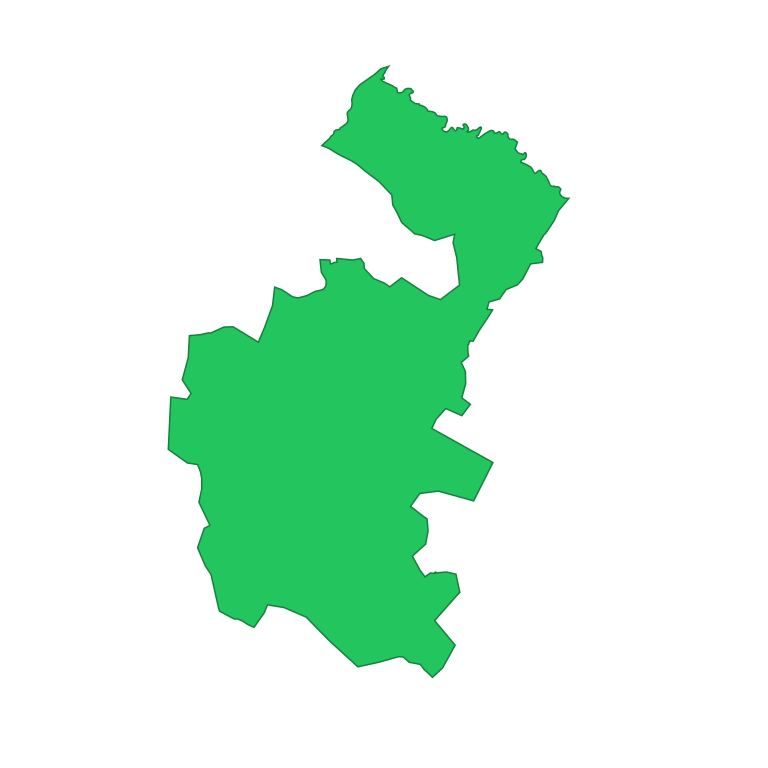 Bunkure, Kano, Nigeria (Albers equal-area conic projection), rotated 300°
{"feature_id": "59680162B46455483877403", "entity_name": "Bunkure", "entity_type": "district", "adm_level": 2, "iso_a3": "NGA", "parent_name": "Nigeria", "parent_adm1": "Kano", "projection": "albers", "projection_center": [8.684, 11.668], "detail": "fine", "context": "isolated", "style": "filled", "palette": "green", "viewbox_px": 768, "rotation_deg": 300, "n_neighbors": 0, "source": "geoboundaries", "source_scale": "gbopen_adm2", "svg_char_len": 5199}
<svg xmlns="http://www.w3.org/2000/svg" viewBox="0 0 768 768"><g transform="rotate(300 384 384)"><path d="M169.2,300.5L149.0,304.4L137.2,320.1L132.5,329.5L108.2,351.9L105.0,355.2L105.6,371.9L107.4,374.8L107.8,378.6L108.0,380.4L107.6,386.1L108.2,393.1L125.9,394.7L134.5,393.5L140.4,409.2L143.2,433.3L138.3,450.5L133.9,466.7L126.0,502.8L140.6,518.8L155.1,532.9L157.2,537.2L155.6,545.1L157.2,549.5L159.3,555.6L156.6,562.1L155.8,566.3L154.2,572.6L167.2,576.7L193.4,576.2L204.4,546.1L236.6,552.7L241.4,553.9L251.2,545.0L255.3,541.4L252.4,532.1L249.1,527.3L247.7,525.4L246.6,523.9L247.0,522.8L246.1,522.2L245.6,522.8L245.2,522.5L243.6,518.7L237.5,515.9L240.7,508.4L244.4,502.4L249.1,494.6L266.1,500.1L278.7,495.7L288.7,488.7L289.2,482.9L291.3,468.2L307.0,469.7L318.4,484.6L327.6,520.1L370.4,517.6L369.4,447.7L379.4,446.7L393.6,449.8L395.5,467.2L409.6,469.0L410.9,458.3L425.1,454.6L435.5,448.3L441.3,440.1L450.5,443.4L452.7,441.4L454.7,440.0L457.5,438.3L460.1,436.9L460.7,437.5L461.8,437.0L462.9,437.2L463.3,436.9L464.3,436.6L464.8,437.9L465.6,439.8L478.1,439.7L493.1,440.7L502.5,441.0L500.2,435.8L507.6,433.9L515.5,441.6L526.8,442.5L536.5,449.9L544.2,451.7L561.3,450.9L568.6,460.5L570.4,459.6L572.1,458.7L573.1,458.0L573.9,456.9L574.6,456.1L575.4,455.3L577.4,453.8L577.2,450.2L577.2,447.8L593.2,447.9L595.2,448.7L610.6,449.7L621.4,448.5L637.2,451.2L636.5,449.9L635.6,448.1L635.4,447.0L635.3,445.9L635.2,444.2L635.8,442.9L636.5,441.5L637.2,440.7L638.2,440.2L640.9,439.8L641.5,439.0L642.0,436.6L640.5,433.8L640.4,432.4L639.2,430.9L639.1,429.4L639.6,428.0L642.2,424.7L643.8,422.0L644.8,420.7L645.4,417.5L645.6,415.2L647.0,413.5L647.1,412.4L645.7,411.0L642.9,410.3L641.9,409.5L642.4,407.5L644.1,405.3L645.2,402.6L645.3,399.8L645.1,396.1L644.5,391.6L646.7,391.1L647.9,392.0L648.5,393.3L649.8,393.5L651.0,393.6L652.5,393.3L653.8,392.5L654.6,391.7L655.0,390.8L654.8,390.2L652.4,389.9L651.2,384.7L653.1,380.0L660.2,378.6L660.9,374.6L660.2,372.8L659.4,371.8L659.1,370.3L659.7,368.4L660.5,367.5L660.9,367.1L662.0,366.6L662.8,365.4L663.0,364.3L662.8,362.9L662.0,362.2L660.9,362.3L659.9,362.1L659.3,360.4L659.8,359.2L660.2,358.2L659.8,357.2L658.4,356.6L657.4,355.7L656.4,353.9L657.3,353.2L657.9,352.1L657.2,350.0L655.6,348.8L653.2,347.3L651.4,346.4L647.4,344.6L645.1,343.7L644.0,342.9L644.0,341.6L644.5,340.6L645.5,340.5L646.3,341.1L647.0,341.3L648.0,341.0L650.2,341.0L652.2,340.8L653.5,340.6L654.4,340.4L654.8,339.9L654.8,339.1L653.6,338.3L652.1,337.9L650.2,336.9L649.4,336.1L649.0,335.6L648.5,334.1L647.5,333.7L646.0,332.6L644.7,331.5L643.9,330.5L644.0,329.6L645.3,330.2L646.7,330.0L648.0,329.0L648.7,327.6L649.7,326.0L649.8,324.6L649.4,323.6L648.6,322.9L647.8,323.0L647.3,324.1L646.5,325.0L645.1,325.2L644.2,324.9L643.9,323.5L643.6,321.7L643.1,320.3L642.5,319.3L640.0,320.0L638.9,319.2L639.3,317.4L640.4,315.1L640.0,314.4L638.8,313.7L637.4,313.7L636.2,313.4L634.8,313.0L633.6,312.1L633.0,310.9L632.8,309.6L633.1,308.4L633.5,307.2L634.3,306.4L635.2,306.7L635.7,307.4L637.0,308.3L638.4,308.2L640.3,307.6L642.3,307.4L643.6,307.1L645.3,306.0L646.4,304.8L646.5,303.2L645.6,302.0L644.9,301.1L643.9,298.5L643.0,296.2L643.2,295.1L643.6,294.3L644.3,292.7L644.1,289.9L643.4,288.1L642.7,286.7L642.3,285.3L643.2,284.4L643.9,282.7L644.3,280.9L644.1,278.8L643.9,277.0L643.3,275.4L644.1,274.5L642.4,270.8L642.9,265.0L644.6,264.2L646.8,261.6L647.1,261.1L648.7,261.7L649.9,262.8L651.1,263.4L652.2,263.1L652.2,261.5L653.1,260.5L653.1,259.3L652.6,258.0L651.4,256.1L649.7,254.8L648.3,254.6L646.5,254.3L645.6,253.9L643.6,251.6L643.3,249.8L645.1,248.3L646.6,247.0L646.2,245.6L646.5,241.9L645.7,234.7L645.5,231.3L645.9,229.7L646.2,228.9L647.0,229.1L647.4,230.7L648.4,231.7L649.6,231.0L649.9,229.2L651.7,228.7L652.5,228.7L653.5,229.2L655.5,228.7L657.6,228.7L661.4,229.2L655.4,223.7L647.5,221.1L638.9,217.1L630.9,213.4L624.2,212.1L618.1,212.7L614.0,213.9L611.5,215.8L608.3,217.3L605.8,217.8L603.4,217.0L601.2,216.4L599.3,217.2L597.9,218.5L596.3,219.7L594.3,221.1L592.3,221.4L590.2,221.0L588.3,220.1L586.0,219.2L584.0,218.1L582.3,218.3L581.2,216.9L579.6,215.1L577.8,214.5L576.2,215.2L574.5,215.3L571.9,214.1L569.4,214.1L566.3,213.1L563.0,212.0L559.4,211.0L560.4,217.6L560.4,221.1L560.2,225.2L560.3,233.2L561.0,243.9L560.8,251.0L559.0,260.7L556.8,278.7L551.6,296.3L543.4,302.1L542.7,303.4L538.6,310.1L532.7,318.6L529.8,333.8L529.3,335.5L531.4,341.6L531.8,343.0L533.6,356.1L540.2,362.2L547.3,368.7L547.8,369.1L549.0,370.4L541.0,373.1L529.7,383.9L507.4,400.0L485.2,390.6L485.2,390.3L482.9,378.0L484.8,346.1L471.0,340.4L471.6,333.9L470.1,322.5L474.1,309.3L478.6,306.2L481.0,301.0L475.7,294.9L469.1,280.3L466.0,282.3L464.3,280.1L463.9,279.9L463.6,279.5L462.8,279.2L462.5,279.0L461.1,277.6L464.3,275.2L459.7,266.4L449.4,273.9L447.5,277.5L444.8,282.1L440.3,284.6L436.2,284.3L433.4,282.1L429.7,278.0L422.2,273.2L415.5,266.5L413.8,261.2L414.6,248.4L413.2,240.9L396.0,248.3L373.8,252.2L357.4,254.3L358.1,224.7L353.5,217.3L353.0,216.9L352.9,216.6L341.2,208.2L340.7,206.6L334.8,200.2L328.6,191.3L309.0,201.3L286.7,207.2L279.4,221.6L272.3,221.2L266.1,205.9L219.5,229.9L217.3,253.2L221.0,262.8L219.2,265.2L216.4,268.7L211.1,273.4L206.2,276.2L202.1,278.6L189.1,282.8L174.5,304.0L169.2,300.5Z" fill="#22c55e" stroke="#15803d" stroke-width="1.5"/></g></svg>